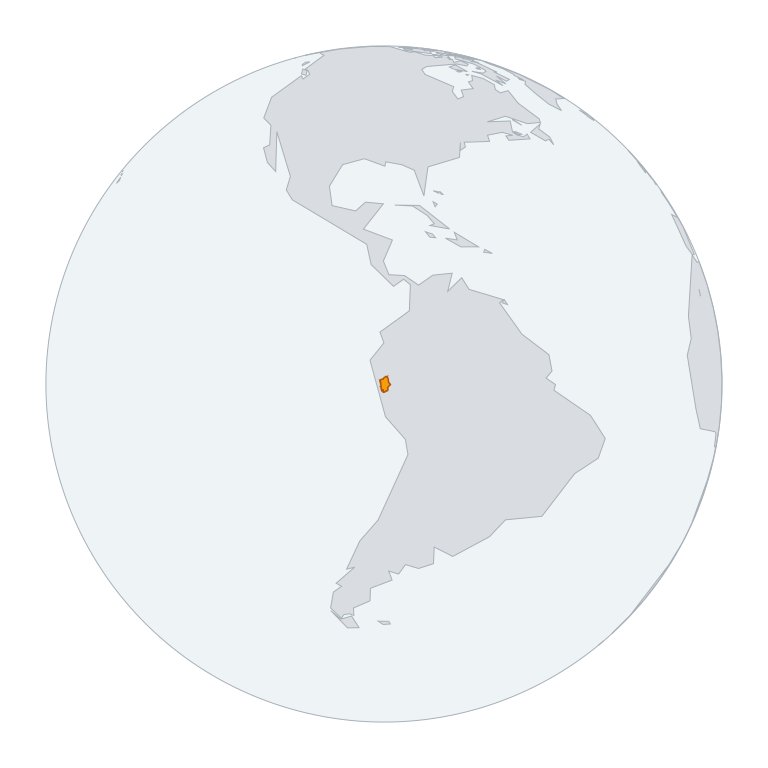 the Earth from above Áncash, rotated 16°
{"feature_id": "PER-577", "entity_name": "Áncash", "entity_type": "Department", "adm_level": 1, "iso_a3": "PER", "parent_name": "Peru", "parent_adm1": "", "projection": "orthographic", "projection_center": [-77.843, -9.38], "detail": "fine", "context": "on_globe", "style": "filled", "palette": "amber", "viewbox_px": 768, "rotation_deg": 16, "n_neighbors": 0, "source": "natural_earth", "source_scale": "10m", "svg_char_len": 8518}
<svg xmlns="http://www.w3.org/2000/svg" viewBox="0 0 768 768"><g transform="rotate(16 384 384)"><circle cx="384" cy="384" r="338" fill="#eef3f6" stroke="#a8b0b8"/><path d="M279.4,62.7L280.1,62.6L297.1,58.0L317.0,58.1L321.9,56.2L332.5,56.5L342.1,54.7L343.1,56.3L349.9,53.7L347.2,52.8L349.3,51.6L354.8,50.8L356.9,52.2L354.5,52.8L358.0,52.9L356.7,54.1L360.4,53.1L362.4,55.6L368.5,52.2L376.8,53.4L375.9,55.5L365.5,56.4L337.6,67.0L333.5,71.2L338.2,75.1L369.1,79.0L368.9,83.9L376.4,89.7L381.3,85.8L377.2,80.2L388.2,75.5L381.9,70.3L385.5,68.0L383.3,63.2L394.9,63.0L407.5,65.9L409.9,70.3L415.5,72.1L422.4,67.8L435.8,77.2L460.0,86.3L462.2,89.5L450.1,94.2L426.9,93.2L411.1,103.5L432.8,96.4L438.0,106.2L443.7,108.0L450.1,107.8L452.6,104.3L456.8,108.1L436.9,115.3L432.8,112.0L439.2,109.4L428.3,109.5L414.9,116.3L418.6,121.7L394.5,129.5L396.9,133.8L392.9,138.5L390.8,130.8L394.1,145.4L366.4,163.2L370.5,192.2L354.1,170.1L340.6,168.3L324.5,169.9L324.8,174.4L303.1,172.8L283.7,184.6L277.0,208.9L284.9,226.8L309.0,225.5L316.1,214.3L333.7,211.0L321.5,240.8L352.4,243.3L349.5,266.0L358.6,277.6L373.9,274.1L389.9,279.5L401.0,265.9L419.0,258.7L419.7,277.4L429.4,260.4L439.7,269.6L475.3,270.0L472.7,274.1L502.8,298.1L534.5,310.4L541.9,325.2L538.2,333.7L549.0,337.3L549.1,343.2L591.2,357.3L611.7,375.4L610.4,396.2L591.9,417.7L572.2,467.7L538.2,481.1L527.5,501.7L497.6,530.8L477.2,526.9L481.1,543.1L468.1,551.8L454.4,551.7L450.4,562.7L440.1,562.5L445.8,570.2L427.3,584.1L430.3,596.3L416.4,607.7L418.8,614.8L414.1,614.4L408.8,616.9L407.7,620.9L394.4,614.0L392.7,598.0L399.0,590.1L392.9,588.7L406.3,568.2L399.1,572.3L404.0,541.6L415.8,516.5L426.5,445.3L419.8,431.3L394.5,415.1L364.0,365.0L372.6,344.5L365.8,335.2L388.2,306.7L382.0,281.3L374.0,277.9L366.2,287.5L338.7,272.7L328.9,254.5L245.1,232.2L236.6,224.4L236.8,210.2L211.4,170.9L221.3,209.6L210.9,203.2L203.1,190.1L208.2,185.6L204.0,166.5L195.1,161.4L196.9,139.4L219.6,110.4L222.1,113.2L227.2,106.8L224.5,103.5L221.5,103.0L235.6,84.7L230.2,83.2L217.6,89.9L219.6,88.7L248.9,74.3L279.4,62.7ZM71.5,264.9L73.9,257.8L73.7,261.0L71.5,264.9ZM74.6,254.4L73.9,256.6L74.3,255.0L74.6,254.4ZM74.4,253.9L74.5,254.3L74.0,254.6L74.4,253.9ZM73.7,254.2L74.2,253.7L74.0,254.1L73.7,254.2ZM368.9,202.6L404.3,216.9L384.5,219.0L388.2,216.1L379.2,210.1L362.5,205.0L345.1,209.0L368.9,202.6ZM73.8,252.3L73.9,251.6L74.6,250.4L73.8,252.3ZM384.1,185.6L378.0,184.6L384.0,184.3L384.1,185.6ZM219.1,103.6L223.8,103.9L223.9,108.8L219.2,108.7L219.1,103.6ZM219.9,96.3L224.0,94.8L217.8,100.5L217.4,99.5L219.9,96.3ZM209.0,94.9L209.6,94.5L208.2,95.4L209.0,94.9ZM377.0,63.8L380.1,63.5L378.9,64.5L377.0,63.8ZM373.2,62.2L369.6,63.6L367.3,63.1L369.5,62.2L373.2,62.2ZM378.1,60.7L363.5,62.1L359.5,61.3L364.6,57.6L378.1,60.7ZM344.0,52.9L347.2,53.8L339.5,53.9L344.0,52.9ZM338.6,53.4L312.2,57.3L310.3,56.2L319.6,54.7L313.1,54.7L325.1,52.1L331.4,51.6L330.3,52.6L335.7,51.0L338.6,53.4ZM349.6,51.1L344.4,51.7L342.4,50.7L352.4,49.4L349.8,50.1L349.6,51.1ZM305.5,56.3L305.7,55.7L315.6,53.3L317.0,52.9L325.3,52.0L305.5,56.3ZM353.1,49.9L357.5,48.9L363.4,48.8L354.5,50.6L353.1,49.9ZM337.7,51.1L337.2,50.7L340.7,50.4L337.7,51.1ZM386.8,49.2L380.6,49.2L379.0,48.6L386.8,49.2ZM358.8,48.5L356.7,48.6L355.4,48.5L359.5,47.9L358.8,48.5ZM331.6,50.6L335.7,50.0L328.7,50.8L335.8,49.6L340.1,49.4L341.2,49.0L343.4,48.7L344.4,49.0L331.6,50.6ZM359.7,47.4L367.5,47.6L379.2,47.3L380.9,47.8L361.8,48.3L359.7,47.4ZM350.6,48.2L356.6,47.7L355.7,48.1L351.1,48.8L350.6,48.2ZM339.1,49.1L327.2,50.9L326.7,51.0L339.1,49.1ZM363.3,47.1L361.3,47.1L364.2,47.0L363.3,47.1ZM346.7,48.2L342.6,48.7L342.1,48.7L346.7,48.2ZM360.9,46.9L363.4,46.9L360.3,47.1L360.9,46.9ZM354.5,47.4L354.9,47.3L357.7,47.3L352.7,47.6L354.5,47.4ZM347.0,48.1L345.3,48.3L348.8,47.9L347.0,48.1ZM372.9,46.3L375.3,46.3L368.5,46.7L365.4,46.6L372.9,46.3ZM416.1,628.5L395.3,616.5L407.3,621.9L416.8,616.0L427.2,625.1L416.1,628.5ZM443.8,613.6L454.1,610.8L456.2,612.9L449.5,615.4L443.8,613.6ZM627.7,149.9L627.8,150.0L646.6,174.0L644.9,174.8L636.3,168.1L613.8,141.7L620.2,143.0L612.3,135.3L597.6,123.1L600.9,125.1L595.7,120.8L596.6,121.3L627.7,149.9ZM661.9,576.2L662.1,576.0L666.0,570.2L661.9,576.2ZM671.6,561.4L684.4,538.4L707.7,479.2L714.4,454.9L718.1,434.7L721.3,387.2L721.1,363.9L720.1,352.8L719.0,353.2L716.8,340.1L715.3,338.6L700.4,339.8L690.8,322.1L667.6,272.8L666.8,255.6L657.9,234.8L644.7,175.3L651.6,180.8L653.0,179.4L666.8,199.0L679.1,219.4L690.0,240.7L699.4,262.7L707.2,285.3L713.4,308.4L717.9,331.9L720.7,355.6L721.9,379.5L721.4,403.4L719.2,427.2L715.3,450.8L709.7,474.0L702.5,496.8L693.8,519.0L683.4,540.6L671.6,561.4ZM660.7,206.0L663.7,211.9L663.8,211.9L660.7,206.0ZM476.4,269.8L480.8,273.6L475.1,273.4L476.4,269.8ZM381.9,226.2L389.3,226.5L393.2,229.2L387.6,230.2L381.9,226.2ZM443.7,226.8L452.1,228.6L443.5,229.8L443.7,226.8ZM409.8,218.8L437.0,226.1L420.1,231.0L402.9,226.9L414.7,225.3L409.8,218.8ZM381.0,195.3L385.6,196.4L384.3,199.5L381.0,195.3ZM388.4,185.5L386.7,185.8L384.3,183.4L388.4,185.5ZM439.2,105.7L440.9,105.2L447.5,105.9L444.7,107.3L439.2,105.7ZM475.2,100.9L481.2,107.2L475.0,103.3L472.2,105.8L455.6,101.6L462.5,90.9L462.3,96.1L475.2,100.9ZM435.4,94.3L445.1,97.3L434.2,94.5L435.4,94.3ZM565.8,99.8L570.6,102.6L576.5,106.9L577.5,109.1L568.9,102.6L565.8,99.8ZM555.1,92.6L558.1,94.4L558.7,94.7L562.6,97.1L566.4,99.6L572.7,103.7L591.5,117.3L590.0,117.1L587.0,114.1L582.5,111.2L575.8,105.9L555.2,92.8L554.0,92.0L555.1,92.6ZM505.1,70.0L496.2,66.8L504.6,68.5L512.0,71.5L513.5,73.0L505.6,70.6L505.1,70.0ZM389.9,55.0L386.0,55.4L385.4,54.8L388.2,53.9L389.9,55.0ZM384.0,49.3L406.7,53.1L403.3,53.6L420.6,56.6L418.4,59.2L407.2,57.0L418.5,61.9L407.5,60.9L416.2,64.4L391.6,59.1L382.2,59.2L393.5,57.9L395.8,55.3L394.0,54.2L381.8,51.7L362.7,51.8L361.9,50.1L366.4,48.9L370.9,48.6L370.0,49.6L376.6,48.6L378.7,49.9L384.0,49.3ZM462.5,55.3L462.8,55.4L469.3,57.1L466.0,56.3L476.9,59.2L469.1,57.2L473.4,58.7L478.7,59.8L470.5,62.7L473.0,67.1L479.3,72.3L465.2,69.5L450.3,63.3L437.0,57.1L436.6,54.0L430.3,53.8L428.2,52.5L434.1,53.2L423.9,51.5L423.7,50.7L411.9,48.2L397.2,47.3L392.5,46.8L398.2,46.8L389.5,46.5L397.1,46.4L393.9,46.2L394.6,46.2L428.8,49.1L462.5,55.3ZM389.0,46.1L385.0,46.2L386.9,46.3L380.2,47.1L368.0,47.2L371.1,46.9L371.2,46.7L374.9,46.7L372.0,46.5L376.1,46.2L375.0,46.2L380.1,46.1L379.5,46.1L389.0,46.1Z" fill="#d9dde1" stroke="#a8b0b8" stroke-width="1"/><path d="M383.7,391.2L383.6,390.9L383.4,390.7L383.2,390.3L383.1,390.2L383.1,389.9L382.8,389.7L382.8,389.4L382.6,389.3L382.6,389.2L382.5,388.9L382.4,388.7L382.1,388.5L382.1,388.4L382.1,388.2L382.1,387.9L381.9,387.6L381.8,387.4L381.7,387.4L381.8,387.3L381.8,387.2L381.7,387.0L381.7,386.9L381.7,386.7L381.8,386.6L381.8,386.4L381.5,386.2L381.3,386.0L381.3,385.9L381.2,385.8L381.2,385.7L380.9,385.4L380.9,385.2L380.8,384.9L380.8,384.7L380.7,384.6L380.8,384.5L380.8,384.4L380.7,384.3L380.6,384.2L380.6,383.9L380.5,383.7L380.4,383.7L380.1,383.6L380.1,383.4L380.2,383.1L380.2,382.9L379.9,382.8L379.8,383.0L379.7,383.0L379.6,382.9L379.5,382.7L379.8,382.8L379.8,382.7L379.8,382.4L379.7,382.3L379.6,382.2L379.4,382.2L379.4,381.9L379.2,381.7L379.3,381.7L379.5,381.5L379.5,381.4L379.5,381.2L379.6,380.7L380.0,380.3L380.8,380.0L381.1,379.8L381.4,379.8L381.5,379.8L381.6,379.7L381.8,379.4L381.7,379.2L381.9,378.8L382.1,378.4L382.2,378.2L382.3,377.9L382.4,377.7L383.3,376.9L383.5,376.7L383.6,376.4L383.7,376.2L383.8,376.2L383.9,376.3L384.0,376.3L384.3,376.3L384.6,376.2L384.9,376.1L385.0,376.0L385.1,375.9L385.1,376.0L385.2,376.3L385.3,376.4L385.3,376.5L385.4,376.8L385.8,377.2L386.0,377.2L386.0,377.3L386.5,377.9L386.9,378.4L387.0,378.6L387.0,378.8L387.0,379.0L387.1,379.3L387.2,379.5L387.2,379.8L387.3,380.0L387.5,380.1L387.7,380.3L387.7,380.5L387.8,380.9L388.1,381.2L388.5,381.3L388.7,381.6L388.9,381.8L389.0,381.9L389.4,382.0L389.5,382.2L389.6,382.3L390.0,382.5L390.3,382.7L390.4,382.8L390.4,383.0L390.2,383.2L389.8,383.6L389.7,383.7L389.1,385.1L389.1,385.4L389.0,385.6L388.6,386.1L388.5,386.3L388.5,386.5L388.8,387.1L388.9,387.4L388.9,387.7L388.9,387.9L389.0,388.0L389.3,388.2L389.4,388.3L389.4,388.5L389.3,388.8L389.3,389.0L389.3,389.4L388.3,389.8L388.0,389.9L388.0,390.0L387.9,390.3L387.9,390.5L387.7,390.7L387.5,391.0L387.3,391.1L386.7,391.4L386.5,391.8L386.3,391.9L386.0,392.1L385.9,392.1L385.6,392.1L385.4,392.0L385.5,391.9L385.4,391.8L385.4,391.6L385.4,391.4L385.4,391.2L385.2,391.0L385.1,390.9L384.9,390.8L384.7,390.8L384.5,390.7L384.8,390.4L385.0,390.2L384.9,389.9L384.5,389.8L384.4,389.8L384.3,390.1L384.2,390.4L384.2,390.5L384.2,390.8L384.1,391.0L383.9,391.1L383.7,391.2L383.7,391.2Z" fill="#f59e0b" stroke="#b45309" stroke-width="1.5"/></g></svg>